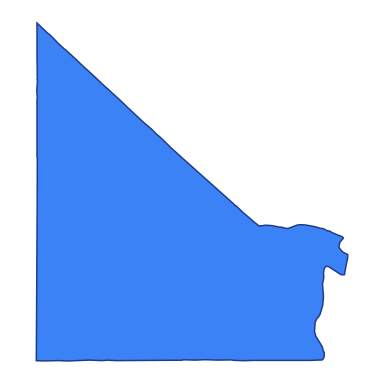 San Benito, Petén, Guatemala
{"feature_id": "79465075B93827188855866", "entity_name": "San Benito", "entity_type": "district", "adm_level": 2, "iso_a3": "GTM", "parent_name": "Guatemala", "parent_adm1": "Petén", "projection": "robinson", "projection_center": [-90.016, 16.973], "detail": "fine", "context": "isolated", "style": "filled", "palette": "blue", "viewbox_px": 384, "rotation_deg": 0, "n_neighbors": 0, "source": "geoboundaries", "source_scale": "gbopen_adm2", "svg_char_len": 1477}
<svg xmlns="http://www.w3.org/2000/svg" viewBox="0 0 384 384"><path d="M329.8,231.2L327.3,230.7L322.6,228.4L321.1,228.5L315.0,226.7L305.7,225.0L300.4,224.7L297.4,225.0L287.9,228.5L283.4,227.9L282.7,227.3L279.2,227.1L272.1,225.6L265.5,225.2L262.3,225.7L260.0,225.8L258.6,225.8L257.8,224.9L255.0,222.8L242.8,212.3L236.0,205.8L235.2,205.6L233.4,203.7L181.7,157.5L171.0,147.8L164.8,141.7L163.8,140.7L159.5,136.6L157.0,134.6L151.5,129.1L148.0,126.1L143.5,122.3L139.0,118.1L128.4,108.2L119.9,100.0L114.6,95.2L112.1,93.0L108.9,89.9L105.5,87.0L94.8,76.9L81.5,64.7L76.5,59.9L66.0,50.2L63.9,48.6L58.4,43.5L49.9,34.8L47.5,33.0L37.0,23.0L37.0,55.8L37.3,78.8L37.0,79.7L37.5,80.9L36.8,89.4L36.9,94.5L37.1,95.2L37.3,95.9L37.0,100.6L37.0,157.0L37.3,158.3L37.2,201.7L36.3,360.7L44.9,360.9L58.5,360.6L67.3,361.0L89.5,360.1L101.9,360.6L107.0,360.2L116.1,360.6L181.6,360.2L183.7,359.8L195.5,360.1L204.8,359.7L217.8,360.1L231.4,359.9L233.4,360.3L243.7,360.7L252.7,360.4L309.7,360.4L322.3,359.9L323.6,358.1L324.2,356.3L324.2,352.3L323.0,350.5L323.0,349.2L321.9,346.1L315.7,336.0L314.5,331.3L315.2,321.6L315.9,321.0L316.4,319.2L318.7,316.7L320.2,313.9L322.7,305.3L323.5,296.3L322.5,284.1L323.8,277.6L323.5,272.6L324.1,269.1L325.0,267.3L326.4,266.2L328.7,266.7L341.1,274.7L344.4,274.7L346.0,266.0L347.6,258.2L347.7,254.5L343.6,252.6L341.0,250.3L339.0,247.4L339.7,242.5L343.2,238.4L343.1,237.5L342.4,236.9L334.6,233.7L332.0,232.5L329.8,231.2Z" fill="#3b82f6" stroke="#1e3a8a" stroke-width="1.5"/></svg>